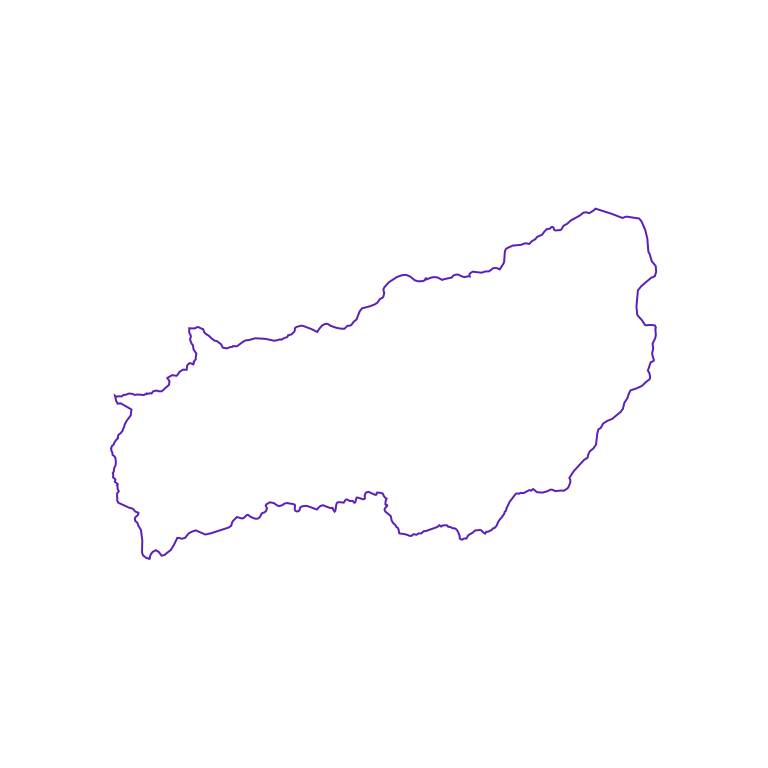 the district of Timaná, Huila, Colombia, rotated 206°
{"feature_id": "7082276B8755035279913", "entity_name": "Timaná", "entity_type": "district", "adm_level": 2, "iso_a3": "COL", "parent_name": "Colombia", "parent_adm1": "Huila", "projection": "orthographic", "projection_center": [-75.889, 1.95], "detail": "fine", "context": "isolated", "style": "outline", "palette": "violet", "viewbox_px": 768, "rotation_deg": 206, "n_neighbors": 0, "source": "geoboundaries", "source_scale": "gbopen_adm2", "svg_char_len": 6166}
<svg xmlns="http://www.w3.org/2000/svg" viewBox="0 0 768 768"><g transform="rotate(206 384 384)"><path d="M270.8,634.3L271.6,631.9L274.4,627.6L278.0,626.8L280.0,625.2L281.9,621.2L287.9,612.7L289.6,608.3L292.0,604.9L292.3,600.9L292.8,599.8L297.3,597.1L298.5,597.2L300.3,598.9L301.6,599.0L302.3,598.4L303.0,596.4L305.5,594.6L306.6,591.7L307.4,587.4L310.8,583.4L311.5,580.4L313.8,577.0L314.8,573.6L318.1,572.7L319.3,571.9L321.6,569.3L328.9,564.9L332.5,560.6L333.7,558.6L333.3,555.7L329.7,546.8L329.4,544.7L330.2,537.8L333.3,537.6L335.1,537.0L336.8,535.7L338.9,531.4L342.3,529.5L345.1,526.8L353.6,523.8L355.3,520.9L354.9,519.1L354.1,518.3L355.1,518.0L358.5,515.4L361.4,514.8L364.9,514.9L366.7,514.3L368.5,512.7L369.5,511.1L369.7,509.5L376.6,504.0L377.2,503.1L382.6,503.2L386.2,501.9L388.5,500.1L391.5,496.8L392.3,497.5L393.0,497.0L392.8,495.4L393.9,493.7L398.2,491.3L401.8,490.7L407.3,492.0L411.0,491.9L412.6,491.5L415.5,489.7L419.3,485.8L424.2,477.6L426.1,471.0L426.1,469.2L425.7,468.2L423.7,465.9L422.9,462.5L423.1,460.9L424.9,458.6L425.6,454.2L427.2,451.5L430.7,447.7L436.9,442.4L437.7,438.7L437.0,429.9L438.6,426.5L439.2,422.8L440.3,421.4L442.3,420.3L443.8,416.3L447.1,414.8L451.7,413.6L457.2,412.9L460.9,413.3L462.4,412.8L463.7,411.7L465.3,409.3L466.4,405.2L466.8,401.5L472.9,401.6L481.6,400.8L483.9,400.2L487.7,396.9L488.5,395.2L487.6,392.7L487.6,391.5L488.9,388.0L491.6,385.7L491.4,384.7L491.9,383.3L493.9,381.5L495.6,378.8L497.0,378.6L499.3,376.4L501.8,374.7L510.4,372.6L519.9,368.6L524.6,364.3L526.9,363.0L528.5,361.4L532.8,353.4L536.4,351.8L536.6,350.9L538.5,349.7L540.9,347.1L544.9,346.0L547.9,348.3L553.1,349.3L555.3,348.7L559.1,349.4L562.2,350.5L566.5,351.0L568.3,351.8L570.6,354.0L573.3,353.7L574.8,353.9L576.6,353.4L578.8,350.8L583.5,348.7L581.7,345.0L578.5,342.4L577.8,338.9L574.5,335.8L572.8,335.2L570.3,331.5L566.0,329.1L564.8,325.0L564.0,323.8L564.7,320.7L564.4,320.7L563.9,318.0L566.8,317.9L567.8,317.5L568.9,315.4L568.9,314.0L567.6,310.3L570.9,308.8L571.7,307.6L573.1,305.2L573.6,301.5L574.1,300.4L578.3,299.1L581.4,294.4L578.0,292.4L576.9,289.0L580.5,280.1L583.6,278.6L584.9,278.6L586.4,277.9L588.4,275.9L588.7,273.6L590.2,273.1L592.4,271.4L592.9,271.5L592.9,270.8L594.1,270.2L595.0,268.8L601.0,266.5L603.0,265.0L605.7,264.8L608.8,263.8L611.9,260.7L613.3,260.1L614.3,257.9L617.4,256.5L619.0,255.2L620.6,255.5L617.7,251.8L614.8,249.5L612.3,251.2L599.8,250.4L597.9,244.7L599.2,237.7L599.3,233.8L598.7,231.1L598.9,228.8L598.4,227.8L599.1,224.4L600.2,222.4L600.3,220.3L599.3,218.8L600.3,215.9L600.7,213.0L600.4,211.3L601.3,209.3L601.1,206.3L600.4,205.9L600.0,204.7L598.0,203.2L596.9,201.3L594.4,200.8L593.1,199.9L590.8,196.4L589.6,193.2L589.7,190.2L588.5,186.9L588.8,185.1L587.8,184.2L586.5,181.2L583.6,180.6L583.0,178.0L579.6,177.4L579.2,177.0L579.5,175.7L578.4,174.9L577.6,173.2L575.3,171.2L575.9,168.7L574.4,165.4L573.5,164.3L572.8,162.3L570.7,160.8L558.7,161.1L555.3,161.8L551.4,160.3L548.3,160.6L547.7,158.8L549.1,154.9L548.7,153.3L547.6,151.9L544.9,151.2L542.4,148.8L538.5,146.3L532.7,137.5L527.7,126.6L525.5,124.3L521.2,123.4L519.7,123.9L518.5,123.8L518.0,124.3L518.8,126.5L518.9,128.9L518.3,131.7L516.2,134.6L512.8,134.3L508.6,132.2L506.4,134.0L502.8,141.7L502.3,147.6L502.3,155.1L500.7,155.8L497.9,156.3L495.4,158.4L494.0,164.3L491.8,167.2L489.0,169.9L478.6,170.4L474.5,173.6L460.6,187.0L459.2,189.6L459.8,193.1L459.7,194.7L457.9,199.9L452.6,200.9L451.3,202.2L449.8,206.2L448.6,206.8L446.3,206.2L442.2,206.2L439.7,206.9L438.4,207.7L437.2,209.9L437.2,214.0L435.1,216.4L434.3,218.3L434.9,221.2L437.1,223.0L436.9,224.4L434.7,227.7L430.4,228.7L428.4,228.2L424.9,228.1L422.2,230.6L421.3,232.6L419.2,234.4L412.9,236.3L411.4,236.4L410.6,235.7L409.3,232.1L408.0,231.2L406.7,231.2L405.0,232.2L404.7,234.2L405.2,236.2L404.2,238.0L401.1,240.1L399.5,240.7L389.2,241.8L388.4,244.9L387.5,246.7L385.7,248.3L378.1,248.9L375.9,250.1L375.2,249.2L372.5,247.6L372.2,248.9L374.0,254.6L374.2,256.2L373.7,257.3L372.7,258.1L368.2,259.7L367.8,262.6L367.4,263.7L366.6,264.0L363.4,263.9L361.0,265.1L358.7,264.3L358.0,264.9L358.8,269.8L357.9,270.4L352.0,271.3L351.2,272.2L351.0,272.7L352.5,275.3L352.7,276.7L352.5,278.6L350.7,280.3L343.3,280.5L342.3,281.3L342.8,282.7L342.6,283.4L339.4,284.7L338.0,284.9L336.7,284.8L335.2,283.3L333.1,282.3L331.4,282.1L331.2,279.5L330.2,276.8L329.6,276.2L328.5,276.6L327.7,276.0L328.7,272.6L328.5,271.4L327.8,270.6L326.8,269.9L320.1,268.3L317.1,264.5L314.3,262.8L312.3,262.4L310.2,261.0L308.5,260.7L307.1,259.6L305.0,256.6L304.4,256.5L300.1,258.0L296.5,258.7L294.8,258.6L292.6,259.6L291.6,262.0L288.7,262.7L287.5,264.8L284.9,266.1L283.8,269.1L282.1,270.0L274.4,277.8L273.3,279.1L272.4,281.3L270.1,280.9L269.5,282.4L266.0,284.4L265.0,284.6L263.7,283.8L261.5,284.6L259.5,284.4L256.6,285.3L254.9,285.0L252.7,283.6L249.6,280.8L248.0,278.2L245.7,278.2L244.3,280.2L242.2,281.2L241.9,285.1L239.0,289.5L238.0,292.2L233.5,295.0L232.7,295.1L228.6,293.8L227.4,293.9L227.3,296.0L225.5,297.0L223.0,300.5L223.0,301.6L221.3,303.4L220.7,306.1L220.9,310.1L220.5,313.2L219.4,316.8L219.7,317.6L219.0,319.5L219.5,322.2L218.8,323.3L219.4,326.2L219.4,333.3L217.4,343.1L216.2,344.1L214.4,344.7L213.7,345.8L210.6,347.2L207.2,352.0L206.4,352.5L205.2,352.5L203.9,355.0L199.1,353.8L193.9,355.9L190.4,359.0L188.0,362.1L186.0,362.8L183.1,362.8L178.0,366.0L175.6,366.9L173.3,370.6L173.0,372.7L173.4,377.0L174.4,379.4L176.2,380.8L175.3,388.6L171.0,403.3L168.7,407.1L169.5,409.9L169.5,413.8L167.6,417.8L166.9,422.6L170.6,433.0L171.4,437.4L170.0,439.3L169.7,444.6L167.0,448.9L163.8,452.4L159.0,462.8L158.4,466.5L159.7,472.5L159.0,478.1L159.6,481.7L159.7,486.3L155.9,489.9L152.2,494.2L151.0,496.1L149.6,500.2L147.5,504.4L147.4,505.9L148.3,507.7L150.8,510.6L152.7,511.7L153.8,520.2L151.8,523.0L152.1,524.2L154.3,526.2L156.5,529.2L157.6,533.9L160.3,538.0L160.3,544.0L161.1,547.1L164.1,552.2L164.4,553.9L166.3,555.4L169.8,554.2L174.3,551.6L175.3,551.5L180.1,554.4L186.1,556.8L187.0,557.6L191.1,564.4L196.8,579.4L195.7,584.6L193.7,589.2L190.4,596.6L187.8,599.7L188.6,604.2L191.5,609.1L197.4,611.9L202.0,617.1L204.4,618.8L210.9,629.9L216.6,636.9L223.8,643.0L227.2,644.6L239.6,640.7L242.4,637.8L254.6,636.7L270.8,634.3Z" fill="none" stroke="#5b21b6" stroke-width="2"/></g></svg>